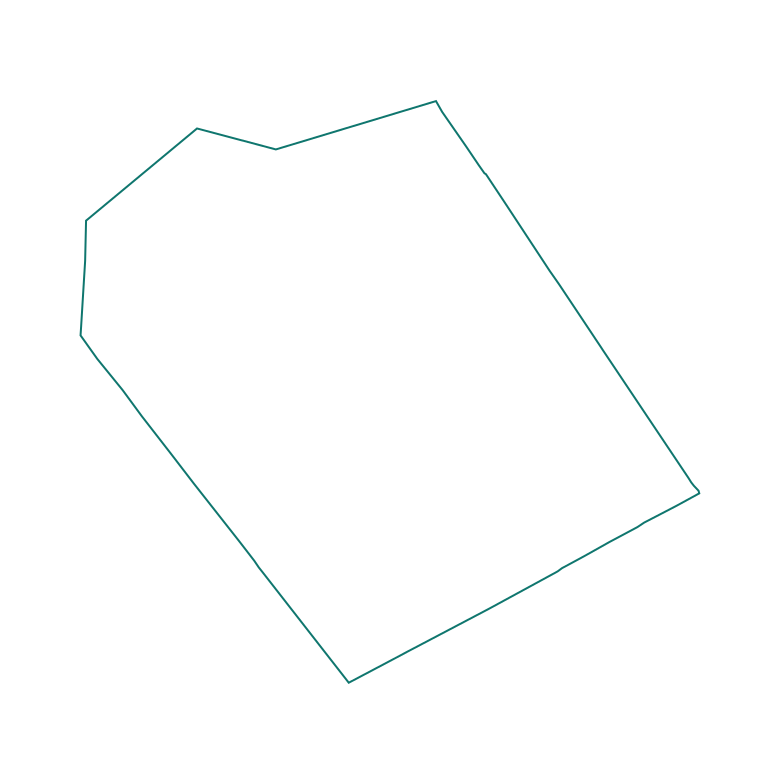 outline of Bagaxangai, Töv, Mongolia, rotated 349°
{"feature_id": "93677404B94518670866672", "entity_name": "Bagaxangai", "entity_type": "district", "adm_level": 2, "iso_a3": "MNG", "parent_name": "Mongolia", "parent_adm1": "Töv", "projection": "albers", "projection_center": [107.475, 47.372], "detail": "fine", "context": "isolated", "style": "outline", "palette": "teal", "viewbox_px": 768, "rotation_deg": 349, "n_neighbors": 0, "source": "geoboundaries", "source_scale": "gbopen_adm2", "svg_char_len": 847}
<svg xmlns="http://www.w3.org/2000/svg" viewBox="0 0 768 768"><g transform="rotate(349 384 384)"><path d="M489.0,116.2L322.6,133.1L249.2,97.5L122.7,166.8L114.1,206.2L97.6,270.0L95.4,278.4L107.4,304.8L126.3,340.2L140.2,369.6L161.7,412.1L178.3,445.4L211.8,510.6L222.9,532.7L226.1,540.2L228.8,545.4L292.4,670.5L340.3,656.0L355.6,651.3L444.7,624.5L513.6,602.7L515.0,602.3L518.9,601.0L522.0,599.5L523.7,598.7L526.0,598.0L535.3,595.1L538.8,594.0L544.9,592.1L545.7,591.8L546.8,591.5L574.9,582.2L605.5,572.8L612.9,569.7L647.8,559.4L672.6,551.5L672.4,548.8L668.8,543.1L666.8,539.2L665.0,534.5L636.6,467.0L606.1,394.4L605.3,392.5L604.5,390.5L603.6,388.3L600.1,380.0L599.5,378.5L574.9,319.6L568.2,304.5L546.8,252.4L537.4,229.5L524.1,197.5L522.8,196.3L518.7,187.1L509.9,166.4L493.0,128.0L489.0,116.2Z" fill="none" stroke="#0f766e" stroke-width="2"/></g></svg>